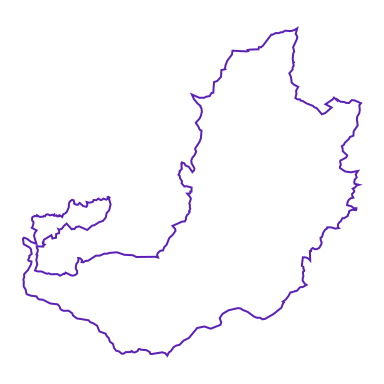 outline of Saliste, Sibiu, Romania
{"feature_id": "2599482B68453018923397", "entity_name": "Saliste", "entity_type": "district", "adm_level": 2, "iso_a3": "ROU", "parent_name": "Romania", "parent_adm1": "Sibiu", "projection": "natural_earth1", "projection_center": [23.849, 45.799], "detail": "fine", "context": "isolated", "style": "outline", "palette": "violet", "viewbox_px": 384, "rotation_deg": 0, "n_neighbors": 0, "source": "geoboundaries", "source_scale": "gbopen_adm2", "svg_char_len": 5897}
<svg xmlns="http://www.w3.org/2000/svg" viewBox="0 0 384 384"><path d="M338.8,228.1L337.9,227.3L338.0,224.3L339.5,222.1L340.8,221.2L342.4,218.2L344.2,218.2L347.9,215.8L348.0,214.5L348.9,213.2L349.0,211.4L349.9,210.6L352.3,209.8L356.0,210.1L356.4,209.0L356.4,208.2L353.7,208.2L351.5,206.3L347.1,205.2L347.6,202.0L348.9,199.7L350.8,198.2L353.3,197.7L352.2,195.6L352.1,193.9L354.0,192.0L354.3,190.8L352.7,188.6L354.8,187.7L356.7,185.4L358.9,184.8L354.5,183.7L354.3,182.2L354.6,179.9L356.7,177.3L355.7,174.4L358.0,170.9L351.1,172.3L345.2,171.5L340.0,168.0L340.0,166.7L340.8,164.8L340.1,161.4L340.5,160.5L345.9,157.7L347.1,155.9L347.2,155.4L342.8,151.2L342.5,147.9L341.8,146.2L343.9,144.8L344.8,142.8L349.0,138.9L349.9,137.0L353.4,135.7L353.7,131.3L357.7,125.4L356.9,119.4L357.2,116.6L359.3,113.2L359.8,109.7L359.3,105.2L361.0,103.2L354.9,100.5L351.8,100.1L349.0,103.0L346.2,102.9L344.2,102.0L340.5,101.7L337.1,99.4L337.1,100.4L334.0,97.6L332.6,99.5L325.5,104.2L331.6,107.5L325.3,113.0L321.9,114.3L316.8,108.2L314.3,107.2L312.8,105.8L306.3,103.3L302.6,100.9L300.6,100.6L300.0,99.4L297.5,99.4L295.4,98.1L296.4,93.9L296.1,90.7L298.2,86.9L293.7,84.5L291.7,82.6L291.0,77.1L289.3,73.3L292.6,69.6L292.6,67.6L293.7,65.7L293.2,62.9L293.9,62.4L293.0,61.3L292.7,58.9L293.2,53.5L294.2,51.4L293.1,47.3L296.9,39.1L297.3,36.6L295.7,33.9L297.2,28.3L294.5,30.0L290.9,31.1L285.1,30.7L282.2,32.4L280.9,32.2L278.7,33.2L275.9,33.0L272.2,34.8L271.3,34.6L263.0,45.6L261.0,47.3L259.0,47.1L258.5,49.3L249.7,49.6L247.6,50.1L248.1,51.1L246.3,51.4L232.5,50.7L232.0,54.4L227.2,60.9L225.5,65.4L225.0,68.6L225.3,69.2L221.4,70.1L221.0,76.8L217.2,81.0L214.0,82.1L213.3,92.7L211.4,93.1L209.7,96.1L206.1,96.7L204.0,97.8L199.2,97.7L191.9,94.5L194.0,99.2L197.7,103.6L200.6,106.0L200.4,106.8L201.4,108.2L201.9,111.7L200.9,115.8L199.5,118.7L195.8,122.7L198.6,127.0L199.7,129.7L201.5,130.6L200.9,138.3L199.4,142.1L195.3,148.3L195.2,149.6L196.2,151.6L194.4,155.4L192.4,157.7L191.3,160.4L191.6,163.3L194.4,168.3L194.2,170.1L192.4,172.1L188.8,166.8L185.5,165.5L184.4,163.4L181.9,162.4L181.2,163.8L181.8,164.7L181.4,166.2L181.9,168.8L179.5,171.2L179.9,171.9L178.5,174.8L179.6,175.7L180.1,178.3L182.0,181.3L181.6,183.2L184.4,186.5L186.6,186.2L191.6,187.5L191.5,191.5L190.3,191.6L190.5,192.6L189.9,193.5L187.2,193.6L190.1,197.0L190.9,198.8L189.3,203.6L189.9,204.9L189.8,207.5L190.3,208.7L189.1,211.1L189.7,211.7L188.1,214.3L187.3,214.7L185.9,217.5L186.0,219.1L184.9,221.4L182.1,221.6L172.5,225.9L175.1,228.9L175.5,230.9L172.8,234.7L169.2,238.1L166.6,244.8L164.1,247.3L163.0,250.5L160.4,250.7L157.8,253.0L157.1,255.1L158.0,257.5L155.2,256.8L136.4,257.0L132.7,255.2L124.3,254.8L117.0,252.3L109.5,252.9L107.3,253.7L104.2,253.7L99.9,255.6L95.9,255.7L88.1,260.7L85.4,261.0L83.2,262.3L81.6,262.1L82.1,260.3L81.8,259.8L79.9,258.2L78.2,258.0L78.5,259.7L78.1,261.7L76.3,264.1L75.8,267.4L75.9,269.0L77.1,270.8L77.1,273.4L75.8,274.7L73.4,275.6L71.3,275.4L65.5,272.6L64.6,274.0L63.8,273.7L60.1,275.7L57.5,274.1L51.0,274.3L48.7,273.3L46.9,273.8L41.6,271.5L37.6,271.4L35.0,270.5L37.3,264.3L36.3,259.8L37.4,255.3L36.4,254.6L37.3,253.0L37.9,249.9L36.8,247.8L36.7,246.3L43.3,246.6L43.3,245.6L44.7,244.6L42.8,243.6L42.8,242.4L43.6,241.9L43.4,241.2L44.1,239.6L51.4,235.2L52.4,238.5L56.0,237.7L56.1,234.1L59.1,233.0L59.2,231.0L58.5,229.3L59.3,229.7L61.9,228.7L64.1,225.7L66.6,223.6L71.7,229.3L72.9,228.8L74.4,229.1L76.0,227.1L79.1,226.4L87.3,230.0L92.0,225.7L94.4,225.2L99.2,222.1L102.9,221.0L105.8,217.4L106.6,213.2L109.2,210.2L110.6,204.4L109.1,199.1L109.5,197.5L108.5,196.9L107.6,197.1L107.9,198.7L106.3,199.7L103.3,198.6L101.8,199.9L100.5,200.0L98.3,198.6L96.3,200.2L93.6,200.0L92.8,201.9L92.1,202.2L88.9,202.7L86.7,202.0L87.4,205.0L86.5,206.8L83.2,206.1L79.6,202.9L77.8,204.8L75.2,204.4L74.0,203.4L74.3,202.6L73.6,200.3L72.1,199.8L70.0,201.4L69.0,203.3L68.8,207.3L66.9,211.7L65.4,213.3L63.2,214.3L62.2,217.0L60.9,216.0L58.4,216.3L58.8,215.5L57.0,216.1L56.4,215.4L54.7,215.8L54.2,215.7L54.2,214.6L53.2,215.3L52.3,214.7L50.2,215.4L47.7,214.3L45.9,214.8L45.0,216.3L43.9,216.0L43.4,216.6L39.7,216.9L37.1,215.3L37.0,216.2L35.1,215.9L32.6,216.9L32.0,218.4L32.2,220.6L33.4,221.9L33.5,223.0L32.8,226.2L31.8,227.8L36.6,230.4L34.8,232.9L34.0,235.8L36.4,243.8L31.1,241.9L27.2,238.9L24.5,237.8L23.7,237.8L23.0,238.9L23.7,244.2L29.4,247.4L30.8,248.9L31.7,253.9L29.2,256.0L29.5,257.1L28.2,259.8L28.5,260.7L31.5,261.5L31.1,264.2L28.0,270.0L24.1,274.2L24.2,277.4L23.4,279.2L23.9,282.9L23.6,283.7L23.8,286.7L25.6,289.5L26.4,293.6L27.3,294.4L31.0,295.7L36.5,296.4L37.7,298.5L39.1,299.4L42.8,299.7L50.3,303.5L57.5,304.3L59.3,306.1L60.5,309.1L61.6,310.0L63.6,310.8L68.3,310.7L69.6,311.4L72.4,313.5L72.9,315.4L76.8,318.4L88.7,320.3L90.2,322.2L93.0,323.1L97.2,325.8L99.4,331.4L105.6,333.7L106.8,336.1L108.6,337.9L110.0,341.8L113.0,343.9L114.0,347.8L116.0,350.6L119.1,351.5L121.7,353.7L123.5,353.7L125.7,352.1L130.5,352.0L131.7,351.0L133.1,352.3L134.8,352.4L137.6,351.1L138.6,349.2L139.5,348.9L140.9,349.7L146.2,350.1L149.8,352.1L150.0,353.5L151.3,354.1L162.3,352.3L165.4,353.3L167.3,355.7L168.8,352.5L170.9,351.1L173.6,347.1L176.4,345.5L179.5,344.9L183.6,340.6L188.9,338.0L197.2,328.0L204.4,326.5L210.7,328.7L220.5,324.8L221.2,322.3L219.7,318.1L222.6,313.8L228.5,310.3L238.0,308.1L240.8,308.5L242.6,309.9L247.5,311.8L254.2,316.7L257.3,317.8L260.1,317.7L262.3,319.3L265.0,318.9L273.3,314.2L281.4,307.7L283.2,303.1L283.9,302.5L282.9,301.6L285.7,299.6L288.5,296.0L290.2,292.6L297.0,290.7L300.0,287.3L303.0,286.9L306.5,284.9L305.0,284.0L302.7,280.8L302.7,278.2L303.4,276.3L302.9,272.5L303.3,271.4L304.1,271.1L304.2,270.1L303.4,268.7L303.4,267.0L301.8,265.8L302.9,257.3L305.7,257.4L308.5,258.6L310.2,260.5L309.9,251.1L311.1,251.0L311.2,249.3L312.9,248.0L314.5,249.1L316.8,249.1L319.2,247.9L321.1,244.8L321.7,242.4L320.8,240.6L320.5,237.8L322.0,236.9L323.3,232.5L325.2,229.7L327.1,228.4L327.3,227.3L331.4,227.4L335.2,228.6L338.8,228.1Z" fill="none" stroke="#5b21b6" stroke-width="2"/></svg>